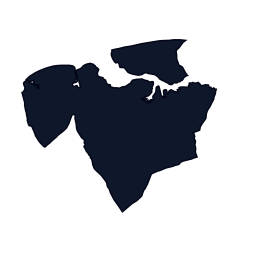 Lindi Urban, Lindi, United Republic of Tanzania, rotated 255°
{"feature_id": "72390352B58883595926721", "entity_name": "Lindi Urban", "entity_type": "district", "adm_level": 2, "iso_a3": "TZA", "parent_name": "United Republic of Tanzania", "parent_adm1": "Lindi", "projection": "equal_earth", "projection_center": [39.68, -9.961], "detail": "fine", "context": "isolated", "style": "filled", "palette": "ink", "viewbox_px": 256, "rotation_deg": 255, "n_neighbors": 0, "source": "geoboundaries", "source_scale": "gbopen_adm2", "svg_char_len": 5947}
<svg xmlns="http://www.w3.org/2000/svg" viewBox="0 0 256 256"><g transform="rotate(255 128 128)"><path d="M155.3,202.0L155.0,201.4L155.0,200.7L155.5,199.4L155.4,198.7L154.9,198.5L154.3,198.8L153.9,198.7L153.3,197.5L152.4,197.8L152.0,197.1L152.0,196.0L153.6,191.0L153.9,188.9L153.8,187.8L153.5,187.7L152.9,188.6L152.4,188.9L152.1,188.5L152.1,188.0L152.3,185.6L151.1,185.5L149.7,184.8L150.4,184.1L151.4,181.7L152.0,181.6L152.7,180.6L153.7,179.8L153.7,179.1L153.5,178.2L152.8,177.0L152.2,176.5L151.4,176.3L150.8,175.5L151.0,174.9L151.5,174.7L153.8,175.1L154.7,174.9L155.2,174.2L155.4,173.2L155.1,172.2L154.7,171.8L151.0,171.3L149.8,172.0L149.0,172.0L148.3,172.5L147.6,172.0L148.0,171.2L148.3,171.0L148.2,170.1L149.1,170.6L149.6,170.5L149.5,168.7L151.7,168.5L159.6,168.7L160.6,168.4L160.7,167.8L160.2,166.2L159.5,165.6L156.2,164.5L155.3,164.0L154.5,163.2L152.5,160.6L151.3,159.9L150.5,160.4L150.0,159.9L148.6,159.3L148.5,158.7L149.0,158.3L148.5,158.1L149.4,157.1L149.2,156.6L148.9,156.6L148.5,156.9L146.9,157.3L146.6,156.5L146.9,156.2L148.3,155.7L148.7,155.1L148.4,154.6L147.4,154.6L146.9,153.7L147.3,153.2L147.8,153.4L148.5,153.2L149.5,154.0L149.4,153.3L148.8,152.6L149.1,151.6L149.8,151.7L150.6,150.4L151.0,153.4L151.5,153.9L152.0,153.2L151.9,149.5L152.4,148.4L153.0,148.7L153.2,150.4L153.1,152.2L153.9,152.4L153.8,156.0L154.4,157.4L155.3,158.3L156.1,159.9L156.7,160.3L158.3,160.6L160.1,161.8L160.8,161.5L163.6,163.8L165.5,164.3L166.2,164.2L166.6,163.1L166.6,161.3L167.1,160.5L168.8,158.8L169.1,157.7L169.7,157.1L170.1,156.1L171.7,154.3L172.8,148.6L173.0,144.7L170.9,142.2L170.6,142.3L170.4,141.0L169.1,137.2L168.6,134.8L169.2,134.2L168.7,129.4L169.6,128.1L170.2,125.5L171.5,123.0L172.8,121.3L173.0,121.3L173.8,122.1L174.1,122.1L174.5,121.7L174.8,120.6L175.2,120.1L176.3,119.0L180.0,118.6L180.5,118.4L181.0,117.4L182.7,117.0L183.5,116.1L184.7,113.8L185.5,112.9L186.6,112.3L188.2,112.4L189.5,112.9L191.7,114.6L192.3,114.8L193.9,114.0L194.8,112.9L196.6,112.4L197.0,111.9L198.4,111.1L198.8,110.6L199.8,108.7L200.2,108.4L200.4,105.5L200.2,103.0L199.6,101.0L198.1,98.6L197.5,97.1L197.5,95.7L197.1,93.0L196.0,92.5L194.8,92.2L193.0,92.4L192.0,92.2L190.6,92.4L188.3,91.1L187.9,91.3L186.9,92.4L186.1,92.6L185.5,93.0L184.6,92.5L183.2,92.9L181.0,92.5L179.6,92.8L179.2,92.3L179.3,91.6L179.8,91.0L179.9,90.5L180.4,90.1L180.6,89.6L181.1,89.4L181.8,89.8L182.2,89.7L182.4,89.1L182.0,87.6L182.1,86.7L182.5,86.2L183.8,85.4L184.9,85.6L185.3,86.1L185.6,87.5L185.7,89.9L186.2,90.9L186.6,90.8L186.9,89.0L187.4,88.8L188.7,89.3L188.8,89.6L188.7,90.3L188.9,91.1L189.7,91.1L190.7,91.6L193.0,91.3L196.0,91.5L199.6,92.2L200.6,92.0L201.7,91.3L202.6,90.0L203.6,87.8L205.9,79.3L206.7,75.2L207.1,71.8L207.1,66.3L206.9,62.6L206.3,57.7L205.3,52.6L203.3,46.1L200.9,41.9L200.6,41.8L199.9,43.0L199.1,44.0L198.4,45.4L198.2,48.1L198.4,48.9L198.4,49.1L198.0,49.1L198.2,49.6L197.3,49.3L196.4,48.6L195.0,48.6L194.6,48.9L194.6,49.3L193.9,49.3L193.8,50.2L193.2,52.1L192.8,52.5L192.2,52.7L191.5,52.5L190.8,51.4L190.5,51.7L190.3,52.2L189.8,52.6L189.5,52.4L189.4,52.0L189.8,51.1L190.4,50.5L191.6,50.9L192.2,51.5L192.6,51.5L192.8,51.0L193.1,48.9L193.3,48.5L195.8,47.9L195.6,46.4L196.4,46.4L196.7,45.9L197.2,44.3L198.5,43.9L199.4,42.9L199.7,41.1L199.6,40.5L198.9,39.2L198.0,38.6L196.1,38.6L194.3,39.0L192.4,38.5L191.8,38.1L190.1,36.3L189.7,35.6L189.7,34.8L179.2,34.8L176.8,34.1L172.2,33.7L168.3,33.7L166.3,33.3L163.7,33.4L161.4,32.7L159.5,32.7L156.5,32.9L155.8,33.2L154.9,35.0L154.3,35.5L148.5,36.4L144.4,36.7L138.2,38.6L135.4,39.9L131.9,41.9L131.4,42.3L131.3,43.5L132.7,45.7L133.6,48.0L136.4,53.3L137.6,56.0L139.1,58.4L140.8,62.0L141.1,62.6L140.9,62.6L142.1,65.4L143.9,68.5L147.4,71.8L154.9,77.1L155.2,77.5L155.1,78.0L155.2,79.3L154.4,80.2L152.3,79.8L151.0,79.3L145.4,79.0L141.2,78.3L139.3,78.3L137.1,78.7L130.7,80.7L129.8,81.2L128.6,82.4L128.0,82.6L125.8,82.5L125.0,81.8L123.8,82.7L123.5,82.7L121.8,80.9L121.0,80.7L118.3,81.5L116.0,81.8L114.2,82.8L112.0,83.3L110.5,84.3L108.9,84.0L107.6,84.7L105.4,84.9L101.7,84.5L98.0,84.9L96.2,85.6L89.1,90.0L82.5,92.7L80.8,93.2L77.1,93.0L76.2,93.1L74.4,94.0L70.1,94.3L62.3,96.0L54.9,98.8L48.5,100.9L54.0,112.4L55.5,117.6L58.6,123.4L59.1,123.9L61.5,125.4L63.9,127.2L65.0,128.8L68.8,132.2L77.6,138.7L78.8,145.6L78.6,147.2L79.6,154.6L79.4,161.1L79.8,164.6L79.6,166.3L79.9,168.1L81.3,169.9L81.8,172.7L81.7,179.8L81.6,181.3L82.0,183.8L82.1,187.2L87.3,186.8L91.1,188.2L94.3,188.2L97.6,189.7L99.0,189.7L99.6,189.3L100.8,189.2L102.5,190.2L103.6,190.3L105.5,190.2L106.7,189.6L107.2,195.7L107.4,196.6L108.1,197.1L109.6,197.6L110.8,198.5L113.1,200.8L116.5,205.0L117.4,205.8L121.1,207.2L123.8,208.8L125.2,210.1L127.1,212.3L133.9,218.4L135.3,218.8L138.5,221.2L141.1,222.3L142.6,223.3L143.1,221.9L144.0,221.6L144.5,221.2L144.1,220.3L144.1,219.8L144.7,218.5L145.2,218.8L145.9,218.5L146.8,216.4L147.3,216.5L147.9,216.9L148.6,216.9L149.0,216.3L148.9,215.5L149.6,214.5L149.7,214.0L149.7,211.4L149.9,210.0L150.4,209.4L151.9,208.8L152.8,208.1L153.5,207.9L153.9,207.6L153.7,205.8L153.9,204.9L154.0,204.0L154.7,203.2L155.3,202.0ZM207.4,136.0L207.5,132.6L205.9,132.3L204.6,131.3L202.7,130.8L199.1,131.1L195.9,132.0L194.2,132.9L193.7,135.7L192.0,136.0L189.2,135.8L188.7,136.1L188.3,136.6L187.8,138.6L187.0,140.2L182.2,142.2L181.2,143.0L179.7,145.1L178.5,147.1L176.4,151.5L176.1,153.5L176.1,155.4L176.9,158.1L176.6,160.2L175.7,161.2L172.5,167.9L169.2,170.5L167.3,171.2L165.0,173.5L164.4,174.5L163.3,175.7L162.3,176.6L162.1,177.2L159.7,179.1L158.9,180.4L158.7,181.3L158.8,182.0L159.3,183.0L159.9,183.6L159.0,186.7L159.1,187.4L159.5,187.9L159.3,190.0L160.0,191.4L160.0,192.3L160.3,193.0L161.1,194.0L162.4,195.1L162.8,196.5L163.3,197.6L163.3,199.1L166.0,197.9L172.8,196.3L175.8,193.3L178.6,193.3L180.1,193.0L182.0,192.9L185.7,193.8L189.1,194.2L189.9,194.5L191.1,195.6L192.4,198.2L196.5,203.3L197.7,206.3L199.6,201.4L201.4,194.7L201.9,190.8L203.5,183.9L204.2,180.0L205.9,162.6L206.3,151.9L207.0,146.1L207.1,139.6L207.4,136.0Z" fill="#0f172a" stroke="#020617" stroke-width="1.5"/></g></svg>